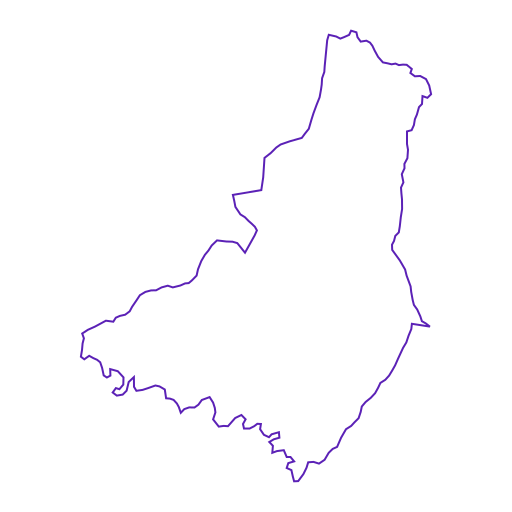 outline of Astorga, Paraná, Brazil
{"feature_id": "56859067B33655617735681", "entity_name": "Astorga", "entity_type": "district", "adm_level": 2, "iso_a3": "BRA", "parent_name": "Brazil", "parent_adm1": "Paraná", "projection": "natural_earth1", "projection_center": [-51.712, -23.236], "detail": "fine", "context": "isolated", "style": "outline", "palette": "violet", "viewbox_px": 512, "rotation_deg": 0, "n_neighbors": 0, "source": "geoboundaries", "source_scale": "gbopen_adm2", "svg_char_len": 3028}
<svg xmlns="http://www.w3.org/2000/svg" viewBox="0 0 512 512"><path d="M427.4,97.8L431.1,94.2L429.2,85.5L426.0,79.1L420.2,76.0L414.9,76.3L410.4,73.0L411.8,69.0L406.7,64.8L403.0,64.6L398.9,65.1L395.5,63.6L391.6,64.3L387.5,63.3L382.9,62.4L378.1,56.9L374.6,50.5L372.4,45.8L370.0,42.6L366.4,40.7L360.7,41.6L357.5,37.2L356.4,32.3L351.1,30.7L349.1,34.9L343.9,37.2L340.3,38.6L336.2,36.5L328.8,34.8L327.2,40.2L325.3,59.9L324.7,66.1L324.3,72.0L322.1,78.2L321.7,84.6L321.0,89.6L319.6,97.3L316.6,104.8L313.5,113.2L311.5,119.5L308.8,128.8L304.9,133.7L301.8,137.9L289.8,141.3L280.6,144.5L276.3,147.5L270.9,152.9L264.5,157.9L263.2,177.4L261.3,190.1L232.9,194.9L234.2,200.6L235.4,206.9L240.4,214.4L244.9,217.2L248.5,220.9L251.7,223.7L254.9,226.8L256.9,230.4L254.6,235.5L245.0,252.7L237.3,243.1L232.5,241.7L226.4,241.5L217.0,240.4L211.7,245.5L208.4,250.6L204.9,254.8L201.3,261.0L198.0,269.3L196.6,275.6L191.8,280.5L188.7,283.1L185.1,283.4L180.4,285.5L172.8,287.4L167.8,285.7L161.6,287.4L156.1,290.3L151.1,290.4L145.4,291.9L139.9,295.2L136.6,300.2L132.1,306.8L129.7,311.3L125.2,314.7L119.9,315.9L115.8,317.7L113.3,321.7L105.9,320.7L99.8,324.0L95.0,326.6L87.9,329.8L82.2,333.5L83.9,338.3L82.6,343.4L82.0,350.1L80.9,356.7L84.3,359.3L89.2,355.8L93.3,358.1L97.1,359.8L100.2,362.3L102.1,367.9L103.7,375.4L106.9,377.5L110.4,375.6L110.2,369.1L117.8,371.2L123.5,377.4L123.3,384.6L119.4,389.2L115.9,388.1L112.7,392.5L116.8,395.6L122.7,394.6L126.6,390.7L128.7,382.0L133.9,377.1L134.0,386.8L136.4,390.8L142.6,389.9L148.1,388.1L155.4,385.5L159.5,386.4L164.8,389.5L166.1,398.3L169.9,398.6L173.6,399.9L176.9,403.5L178.8,407.0L180.8,412.8L184.3,409.1L189.2,407.4L194.5,407.5L198.4,404.7L201.8,400.0L209.6,397.1L213.1,402.6L214.8,407.9L215.4,412.4L213.1,419.4L218.8,426.6L223.7,425.9L228.0,426.2L235.2,418.0L241.4,415.0L245.6,419.3L243.0,424.0L244.0,428.5L249.7,428.5L254.2,426.2L257.3,423.8L260.9,424.0L260.1,429.2L263.9,434.8L269.0,437.2L271.6,434.3L278.9,432.2L279.4,437.7L273.8,439.3L269.3,442.0L272.9,445.8L272.3,452.8L276.9,451.1L283.8,450.2L286.7,457.0L290.5,457.0L294.1,461.4L288.3,463.1L286.7,468.0L291.4,470.1L292.8,476.4L294.1,481.3L298.2,481.1L303.4,474.1L306.5,467.8L308.2,462.3L313.5,461.9L319.0,463.6L324.6,459.8L328.7,452.8L332.7,448.9L337.1,446.9L341.1,437.7L346.0,429.2L351.2,425.9L354.4,422.4L358.6,418.2L360.7,411.9L361.8,406.5L365.6,402.0L370.8,397.8L375.1,393.2L378.1,387.8L380.4,382.9L385.3,379.8L389.1,375.6L392.2,370.5L395.1,365.4L398.0,358.8L403.1,347.8L406.3,342.5L408.6,335.6L411.3,329.1L411.9,323.8L429.9,326.6L425.6,323.3L421.9,321.2L420.3,316.3L417.2,309.5L413.9,304.9L412.7,300.1L411.2,291.9L410.6,286.4L406.6,275.6L405.1,269.5L399.8,260.4L392.2,249.9L392.0,244.7L394.0,241.0L395.3,235.9L398.8,232.4L399.8,226.3L400.8,217.2L402.1,209.0L402.0,199.4L401.4,193.3L401.0,187.6L403.4,182.4L401.8,174.2L404.5,168.3L404.4,163.9L407.4,158.2L408.0,149.8L407.0,144.0L407.0,137.9L407.0,131.4L411.6,130.2L413.9,125.1L414.9,119.2L416.9,114.6L419.0,107.1L422.0,104.0L422.5,96.1L427.4,97.8Z" fill="none" stroke="#5b21b6" stroke-width="2"/></svg>